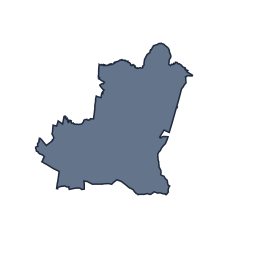 the district of Tibana, Iasi, Romania, rotated 123°
{"feature_id": "2599482B79460431929745", "entity_name": "Tibana", "entity_type": "district", "adm_level": 2, "iso_a3": "ROU", "parent_name": "Romania", "parent_adm1": "Iasi", "projection": "equal_earth", "projection_center": [27.326, 46.993], "detail": "fine", "context": "isolated", "style": "filled", "palette": "slate", "viewbox_px": 256, "rotation_deg": 123, "n_neighbors": 0, "source": "geoboundaries", "source_scale": "gbopen_adm2", "svg_char_len": 5756}
<svg xmlns="http://www.w3.org/2000/svg" viewBox="0 0 256 256"><g transform="rotate(123 128 128)"><path d="M217.7,154.9L217.3,153.9L216.0,154.6L215.6,154.2L213.6,152.4L212.9,152.0L212.7,151.3L211.0,149.4L210.8,148.8L211.0,148.4L210.6,146.8L209.9,146.1L209.6,145.5L210.8,144.7L211.5,143.8L207.4,139.7L206.2,138.2L206.0,137.6L205.6,137.2L204.8,136.1L204.6,135.4L204.8,133.3L203.1,131.4L199.3,133.8L196.5,136.1L195.9,134.9L195.9,134.4L195.6,134.2L195.3,133.5L195.0,133.2L195.0,131.7L194.5,127.2L193.7,126.1L189.0,118.9L188.0,117.9L185.3,114.2L184.6,112.7L184.2,111.2L183.6,110.9L181.8,110.6L179.0,109.6L177.6,109.2L177.3,108.7L177.2,108.2L177.3,107.9L177.0,106.9L176.8,106.6L176.7,106.1L176.8,105.8L176.5,105.2L176.6,104.5L176.4,104.2L176.7,101.8L176.8,99.5L177.2,96.4L177.3,95.6L177.2,95.0L177.4,94.7L177.4,93.9L176.9,90.8L177.1,89.7L177.5,88.9L178.3,86.4L178.4,85.8L178.2,83.6L178.4,83.4L176.6,81.1L175.0,78.5L172.4,76.0L172.3,75.6L172.3,75.2L172.0,74.0L171.4,72.9L171.1,72.7L170.0,72.4L169.5,72.0L167.4,71.4L167.2,71.0L166.5,67.7L165.2,66.3L164.7,65.3L164.1,63.0L163.9,62.4L163.3,61.6L162.9,60.5L163.3,60.5L163.3,60.0L163.1,59.7L161.9,59.4L160.1,59.4L159.7,59.3L158.5,60.4L157.1,61.0L155.3,61.5L154.0,61.4L154.0,63.1L153.7,63.6L152.4,65.1L151.6,65.5L150.3,67.2L150.3,68.1L150.1,69.3L149.5,70.3L148.9,71.7L149.0,71.8L149.3,74.1L149.3,75.1L149.1,75.3L148.8,75.6L147.3,76.0L145.9,77.2L145.1,78.3L145.0,78.7L144.3,79.6L144.4,79.9L143.7,80.9L142.8,81.3L141.4,82.6L139.7,83.8L138.9,84.7L138.6,85.2L134.0,88.7L131.7,89.1L129.3,88.6L126.3,89.0L122.3,88.5L120.8,88.1L116.8,88.8L113.5,89.6L113.9,90.5L115.1,92.4L115.7,93.6L117.7,95.1L118.4,95.0L118.7,95.7L118.7,96.2L118.0,96.5L110.1,96.6L109.3,91.0L101.7,93.2L84.6,98.5L84.4,97.9L83.5,98.1L83.8,98.7L76.6,100.9L66.1,104.4L63.4,104.1L60.5,104.3L59.2,103.9L58.5,104.0L53.7,107.6L53.3,107.1L52.3,106.9L51.3,106.0L50.5,104.3L49.3,102.5L48.6,102.7L48.8,109.1L47.2,109.1L47.4,110.2L47.7,110.1L47.9,110.2L48.1,110.7L47.7,111.5L47.7,112.1L47.6,112.4L47.3,112.5L46.7,112.3L46.4,112.8L47.0,115.5L46.9,115.8L46.3,117.0L46.2,117.8L46.3,118.6L46.2,119.2L46.3,120.1L46.6,120.3L46.8,121.0L46.7,121.9L46.3,122.4L47.0,124.0L47.8,123.7L48.8,123.9L49.4,124.3L48.8,124.6L48.8,124.8L49.1,124.9L50.5,124.9L50.9,126.2L52.5,126.4L52.4,128.3L52.1,128.8L50.5,129.3L48.9,130.4L48.4,130.4L47.8,130.6L46.5,130.6L45.3,130.7L44.6,131.1L43.4,132.1L41.9,134.4L40.4,135.7L39.5,137.0L39.1,137.9L38.7,140.1L38.7,141.4L38.3,143.4L38.4,144.2L38.8,145.2L38.8,146.4L39.7,147.0L40.1,147.9L40.4,148.2L42.3,149.0L43.2,149.9L44.1,150.5L44.8,151.2L45.2,151.4L47.8,151.3L49.9,151.0L50.1,151.7L51.9,151.2L52.3,150.9L53.1,150.8L54.7,151.6L55.8,151.7L56.0,152.0L57.4,151.8L57.9,151.9L59.6,151.5L61.1,151.6L64.9,149.9L66.5,148.9L67.2,149.0L67.7,149.3L68.6,149.2L69.0,148.7L69.6,148.5L69.9,148.6L70.4,149.2L70.7,150.4L70.9,150.8L72.8,152.3L72.9,152.6L72.5,152.9L72.6,153.1L72.9,153.2L73.2,153.4L73.3,154.9L73.0,155.0L73.2,155.5L72.2,155.7L72.1,155.9L72.2,156.4L72.2,156.8L72.0,157.0L72.0,158.3L72.8,158.5L73.1,158.4L73.6,158.8L73.8,159.4L73.8,159.9L73.2,160.0L73.0,161.0L72.6,161.3L72.5,162.2L72.5,162.8L72.9,163.7L72.8,164.1L72.7,164.3L72.0,164.4L72.1,164.7L72.5,165.0L72.9,166.1L73.0,165.8L73.1,166.7L72.7,166.9L72.7,167.2L72.9,167.4L73.3,167.6L73.2,167.8L73.4,168.4L74.5,170.0L74.0,170.3L74.3,170.7L74.9,171.1L75.2,171.5L75.6,171.7L76.1,172.1L77.3,172.4L78.6,173.7L78.9,174.1L79.4,174.0L79.7,174.1L79.9,174.3L79.9,174.5L80.1,174.7L80.3,174.5L80.5,174.7L80.3,175.1L80.6,175.2L80.7,174.8L80.9,174.7L82.1,175.1L83.1,176.0L83.2,176.7L83.7,176.4L83.8,176.6L83.7,176.7L84.0,176.9L84.3,177.1L84.1,177.2L84.4,177.6L84.1,177.8L84.6,178.3L85.2,178.3L85.4,178.8L85.7,178.9L86.5,178.9L86.5,179.3L87.3,180.1L87.6,181.0L87.6,181.4L87.7,181.6L87.8,181.3L88.1,181.3L88.4,181.6L88.6,181.9L88.1,181.9L87.8,182.1L88.0,182.6L88.6,182.8L88.7,183.2L88.4,183.5L89.3,184.0L89.4,184.3L89.2,184.8L89.3,185.0L90.0,185.3L90.4,185.8L90.5,186.3L90.4,186.8L94.7,184.6L98.8,182.0L101.4,180.8L101.1,179.5L102.7,179.5L102.5,178.0L102.7,176.1L102.4,173.8L102.5,172.7L104.2,172.8L104.1,173.1L105.0,173.9L106.1,174.5L106.7,174.6L107.0,175.0L107.5,174.9L108.2,173.5L108.3,172.9L109.1,170.5L109.2,168.7L111.7,169.0L112.1,168.1L112.9,167.8L113.2,168.9L117.3,167.2L118.3,170.6L118.5,172.0L121.8,170.8L122.1,170.4L122.8,170.1L122.9,169.9L127.7,167.8L128.5,167.1L132.6,165.0L139.1,161.9L140.0,163.4L140.3,163.8L140.5,164.4L140.8,164.6L142.2,164.7L142.7,165.0L142.8,165.6L143.3,166.2L143.3,166.8L143.1,167.2L144.1,168.1L144.4,168.7L145.6,169.2L146.8,168.7L149.5,168.9L150.0,169.2L151.0,170.1L151.4,170.9L151.8,171.2L152.6,172.8L153.7,174.5L153.8,175.4L154.1,175.8L154.1,176.1L153.7,176.4L153.6,176.7L154.2,177.0L154.6,177.7L154.6,177.9L154.3,178.5L154.1,178.7L153.9,179.4L153.6,179.5L153.1,179.3L152.9,179.4L152.9,179.9L153.1,180.5L153.1,180.9L154.7,181.1L155.0,180.9L155.8,181.0L155.5,181.9L154.1,182.2L153.8,182.6L153.8,182.8L154.3,183.2L154.2,184.4L152.8,184.2L152.8,184.4L153.3,184.8L153.7,185.6L153.6,186.0L153.4,186.2L152.6,186.2L152.3,186.3L152.3,187.3L153.2,187.9L160.3,185.0L160.1,190.4L165.2,188.9L165.9,190.8L166.4,192.4L172.4,189.2L174.5,188.5L175.1,187.0L176.5,185.0L178.1,184.6L179.5,185.0L179.8,184.4L187.1,187.0L185.9,191.1L185.1,193.4L184.9,194.9L184.5,195.6L184.6,196.2L184.8,196.7L185.3,196.4L185.8,196.4L186.4,196.2L187.7,195.2L188.2,195.3L188.8,195.0L189.3,195.3L190.3,195.3L190.7,195.2L191.5,194.5L192.3,193.6L193.9,194.8L194.3,194.9L195.1,194.7L196.0,193.4L197.3,192.2L196.8,190.8L197.5,189.9L197.8,187.8L197.5,187.2L197.4,185.8L197.0,185.1L197.3,184.4L197.6,182.5L198.6,182.4L200.3,182.4L201.1,182.0L203.2,181.9L203.1,180.5L203.1,178.9L202.8,175.2L202.7,169.0L201.9,162.1L210.6,158.0L211.9,157.5L212.4,157.4L217.7,154.9Z" fill="#64748b" stroke="#1e293b" stroke-width="1.5"/></g></svg>